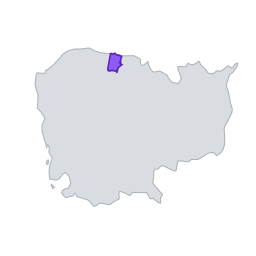 Trapeang Prasat, Siemréab, Cambodia shown in context, rotated 10°
{"feature_id": "14789045B58524041159765", "entity_name": "Trapeang Prasat", "entity_type": "district", "adm_level": 2, "iso_a3": "KHM", "parent_name": "Cambodia", "parent_adm1": "Siemréab", "projection": "mercator", "projection_center": [104.395, 14.168], "detail": "fine", "context": "in_parent", "style": "filled", "palette": "violet", "viewbox_px": 256, "rotation_deg": 10, "n_neighbors": 0, "source": "geoboundaries", "source_scale": "gbopen_adm2", "svg_char_len": 4992}
<svg xmlns="http://www.w3.org/2000/svg" viewBox="0 0 256 256"><g transform="rotate(10 128 128)"><path d="M224.5,45.0L225.1,47.1L223.5,51.2L221.8,54.9L218.6,58.1L218.5,60.5L217.4,67.5L217.8,69.8L218.6,71.7L219.6,72.7L222.3,79.6L224.8,85.9L227.3,91.0L227.7,94.3L225.5,102.5L222.8,110.1L223.1,113.8L224.2,117.6L225.4,122.6L225.9,129.0L225.2,133.2L224.0,135.8L221.7,138.5L219.7,139.8L217.3,137.6L215.4,137.5L212.9,138.2L210.9,139.2L206.8,143.1L202.3,146.9L196.0,147.9L193.6,150.7L191.0,151.1L186.0,151.2L182.8,151.9L182.9,153.3L182.7,160.0L182.7,161.6L182.2,162.0L180.0,162.2L176.2,161.1L171.0,159.5L167.4,159.2L165.5,162.1L164.4,163.3L163.0,163.5L161.5,164.0L161.1,165.3L160.9,166.9L161.6,169.7L161.9,174.1L161.7,177.1L163.1,179.0L170.9,185.4L173.2,187.0L173.5,187.9L172.1,191.4L173.3,196.3L170.9,196.2L166.8,194.1L164.8,192.8L162.4,193.9L161.6,193.7L160.0,191.3L157.9,188.8L155.7,188.6L151.2,189.6L146.5,190.3L144.7,190.3L144.0,190.7L141.3,194.4L140.1,193.7L135.4,192.4L131.1,191.8L130.3,192.8L130.8,195.7L131.7,198.6L131.2,199.9L128.8,201.4L125.7,204.2L123.8,206.3L122.4,206.8L117.7,206.7L113.0,207.0L111.1,209.0L109.3,210.6L107.8,211.0L101.6,206.0L89.3,204.3L88.0,202.1L86.8,201.7L85.7,204.5L78.9,207.3L76.1,205.6L74.0,203.6L74.3,201.1L76.3,199.1L79.6,197.7L81.2,192.6L78.6,186.2L76.4,184.3L74.0,182.8L71.5,185.2L69.5,189.3L67.3,191.4L64.2,191.9L59.7,191.7L58.0,185.6L57.4,180.3L58.0,174.3L58.7,170.7L54.3,165.8L54.1,161.1L52.0,158.6L51.4,159.9L51.4,161.2L50.8,160.2L44.0,146.4L42.8,140.0L44.0,135.1L44.7,133.4L42.7,130.8L40.0,127.9L35.1,124.0L34.7,117.9L33.6,110.7L32.1,108.2L29.9,103.8L28.7,100.1L28.3,90.3L28.9,89.5L32.4,89.2L36.8,88.5L37.5,87.0L36.8,85.7L39.6,83.4L43.7,78.6L46.9,73.5L49.2,70.3L50.5,67.1L55.1,62.6L61.5,59.5L65.8,58.8L70.3,57.7L74.6,56.2L76.6,56.0L81.9,57.9L84.8,58.3L87.8,58.3L91.0,58.5L93.7,58.3L100.3,57.0L107.2,58.1L113.4,57.3L121.1,55.8L124.8,56.7L128.3,58.2L128.7,61.2L129.5,62.5L130.7,63.6L132.2,63.6L134.2,61.5L135.8,59.4L136.3,59.0L136.4,60.0L137.2,62.3L138.7,64.6L140.2,66.2L142.6,68.2L144.2,68.3L149.5,66.4L157.3,69.1L158.2,70.5L160.8,73.3L163.5,75.4L169.7,75.5L171.9,70.5L170.8,67.5L167.3,62.2L166.4,59.1L167.5,58.5L173.4,57.9L174.3,57.3L175.7,53.9L177.3,54.3L180.5,54.7L184.0,52.4L186.1,49.9L187.2,51.0L188.4,52.8L189.8,53.8L192.3,55.3L195.0,57.3L196.7,59.4L198.1,60.2L201.6,59.6L202.6,59.7L204.6,57.2L206.0,55.9L207.2,56.3L209.0,56.2L212.7,53.1L214.8,50.2L215.9,49.4L219.2,50.8L220.5,50.5L222.4,46.5L224.5,45.0ZM55.6,177.5L55.0,177.8L54.3,177.8L53.7,177.2L53.7,175.0L54.2,173.7L55.3,173.4L55.6,177.5ZM65.9,199.2L64.5,200.7L62.3,197.7L62.4,196.8L65.9,199.2Z" fill="#d9dde1" stroke="#a8b0b8" stroke-width="1"/><path d="M109.3,59.0L109.2,59.0L109.1,58.9L109.2,58.6L109.1,58.4L108.9,58.4L108.7,58.5L108.4,58.5L108.2,58.5L108.0,58.4L107.9,58.2L107.4,58.0L107.2,58.0L106.9,58.2L106.8,57.9L106.7,57.9L106.4,57.9L106.3,58.0L106.2,58.0L106.1,57.8L105.9,57.7L105.7,57.7L105.6,57.8L105.4,57.9L105.1,58.1L104.9,58.1L104.7,58.1L104.4,58.1L104.2,58.0L104.0,57.9L103.8,57.9L103.7,57.7L103.4,57.6L103.0,57.3L102.8,57.0L102.7,56.9L102.3,56.7L102.2,56.6L101.9,56.6L101.8,56.8L101.7,56.9L101.5,57.0L101.4,57.1L101.2,57.2L101.2,57.3L101.1,57.5L100.9,57.8L100.4,58.0L99.9,58.1L99.7,58.1L99.4,57.9L99.3,57.7L99.2,57.6L98.9,57.5L98.7,57.5L98.3,57.7L98.2,57.7L98.1,57.8L98.3,57.9L98.3,58.0L98.2,58.1L98.3,58.3L98.2,58.5L97.8,58.6L97.8,74.1L98.0,74.2L98.3,74.3L98.5,74.5L98.7,74.9L99.1,75.1L99.6,75.1L99.8,75.2L100.0,75.0L100.2,74.9L100.3,74.9L100.5,74.8L100.7,74.7L100.8,74.6L100.9,74.4L101.1,74.3L101.3,74.2L101.5,74.1L101.8,74.1L102.0,74.3L102.1,74.2L102.3,74.0L102.6,74.0L102.8,74.0L103.0,74.1L103.3,74.2L103.7,74.1L103.9,74.1L104.2,74.1L104.3,74.1L104.5,74.1L104.8,74.2L105.0,74.0L105.1,73.9L105.3,73.8L105.5,73.9L105.6,74.0L105.8,73.9L105.9,74.0L106.0,74.0L106.2,73.9L106.3,73.9L106.5,73.9L106.5,74.0L106.8,74.2L107.1,74.3L107.3,74.6L107.3,74.8L107.3,75.0L107.5,74.9L107.6,74.7L107.6,74.4L107.5,74.2L107.8,73.7L107.8,73.3L107.7,73.2L107.5,72.7L107.4,72.6L107.5,72.2L107.7,71.9L107.6,71.5L107.9,71.4L107.9,71.2L107.9,70.8L107.9,70.6L108.0,70.5L108.0,70.4L108.1,70.2L108.1,69.9L108.3,69.6L108.5,69.5L108.7,69.3L108.8,69.2L108.9,68.9L109.0,68.8L109.1,68.7L109.3,68.4L109.6,68.3L109.6,68.2L109.8,67.9L110.0,67.8L110.2,67.6L110.3,67.5L110.3,67.4L110.5,67.3L110.5,67.2L110.8,67.1L110.8,66.9L110.7,66.7L110.8,66.6L110.7,66.6L110.5,66.4L110.4,66.4L110.2,66.4L110.1,66.2L109.9,66.2L109.7,66.0L109.6,65.9L109.5,65.7L109.4,65.7L109.5,65.7L109.4,65.6L109.2,65.5L109.1,65.4L109.0,65.2L108.9,65.2L109.0,65.1L108.9,65.1L108.7,65.0L108.7,64.9L108.8,64.9L108.7,64.9L108.7,64.7L108.4,64.6L108.5,64.6L108.4,64.5L108.4,64.4L108.4,64.2L108.5,64.2L108.8,64.2L109.0,64.1L108.9,63.9L109.0,63.7L109.1,63.4L109.2,63.2L109.1,62.9L109.1,62.7L108.9,62.4L108.9,62.2L108.8,61.9L108.9,61.7L109.0,61.6L108.9,61.4L108.9,61.2L108.9,60.9L109.0,60.7L109.1,60.4L109.1,60.2L109.2,59.9L109.3,59.8L109.2,59.7L109.2,59.4L109.3,59.3L109.3,59.1L109.3,59.0Z" fill="#8b5cf6" stroke="#5b21b6" stroke-width="1.5"/></g></svg>